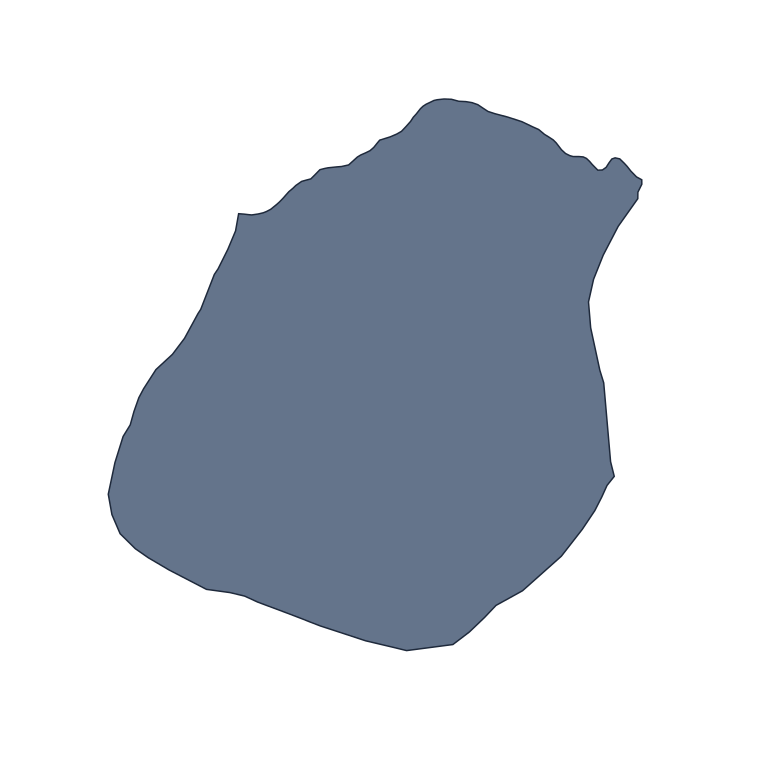 outline of Esquipulas Palo Gordo, San Marcos, Guatemala, rotated 169°
{"feature_id": "79465075B77634541568433", "entity_name": "Esquipulas Palo Gordo", "entity_type": "district", "adm_level": 2, "iso_a3": "GTM", "parent_name": "Guatemala", "parent_adm1": "San Marcos", "projection": "mercator", "projection_center": [-91.852, 14.925], "detail": "fine", "context": "isolated", "style": "filled", "palette": "slate", "viewbox_px": 768, "rotation_deg": 169, "n_neighbors": 0, "source": "geoboundaries", "source_scale": "gbopen_adm2", "svg_char_len": 1870}
<svg xmlns="http://www.w3.org/2000/svg" viewBox="0 0 768 768"><g transform="rotate(169 384 384)"><path d="M494.2,578.9L500.5,562.6L511.6,546.0L524.9,528.7L529.6,524.0L549.7,492.2L553.0,488.8L571.1,466.9L586.0,453.5L605.1,441.7L620.9,425.2L627.3,417.3L634.7,404.7L640.9,392.3L650.1,382.3L663.1,358.2L675.7,328.4L676.0,307.7L671.6,287.4L659.5,269.7L648.4,258.3L630.3,242.3L597.5,216.3L574.9,208.6L561.3,202.4L549.6,194.0L523.0,177.7L509.5,169.3L502.2,164.6L492.6,158.6L482.5,153.0L451.0,135.4L424.4,123.4L412.7,118.0L366.1,115.1L347.5,124.3L329.9,135.6L316.3,145.3L287.5,154.6L242.8,181.1L217.2,203.4L201.2,219.5L191.8,231.5L184.4,241.9L175.6,249.4L176.4,264.5L168.1,343.2L169.5,356.3L170.4,399.7L167.6,425.5L158.3,446.8L144.2,468.7L124.0,494.1L99.5,517.5L98.2,523.8L92.8,530.9L92.0,535.3L96.6,539.1L101.0,545.8L103.9,551.4L106.0,554.8L109.6,560.0L114.0,561.9L117.4,561.4L120.9,558.2L124.6,554.3L128.8,552.4L133.3,553.1L135.7,556.7L137.8,559.9L139.6,563.1L142.2,566.8L145.1,568.9L149.0,570.0L155.0,571.2L158.0,572.7L161.8,575.6L165.1,580.1L166.7,583.3L168.9,587.7L171.3,591.3L175.2,595.1L178.8,598.4L183.6,604.3L189.3,608.3L198.6,615.2L211.6,622.4L223.4,628.1L229.9,631.7L234.6,636.3L238.6,640.3L243.9,643.4L249.8,645.6L256.7,647.3L263.4,650.6L270.6,652.3L277.5,652.9L280.9,652.8L284.6,651.8L289.3,650.6L292.7,649.2L295.7,647.3L300.8,642.9L304.3,640.3L307.8,636.7L313.3,632.5L318.6,628.7L323.9,626.9L330.9,625.4L341.7,624.2L345.0,621.5L348.9,618.2L353.2,615.7L358.0,614.4L363.0,613.3L366.8,611.9L372.6,608.4L376.9,605.8L384.2,605.6L388.6,606.1L397.6,606.9L401.1,606.9L406.0,606.6L412.8,601.9L416.7,599.3L421.3,599.0L426.2,598.6L432.7,595.7L435.9,593.6L440.6,591.0L444.3,588.2L447.8,585.5L451.8,582.7L454.8,580.9L461.9,577.1L466.6,575.7L469.9,575.1L475.1,574.9L481.6,575.2L485.0,576.2L489.1,577.5L494.2,578.9Z" fill="#64748b" stroke="#1e293b" stroke-width="1.5"/></g></svg>